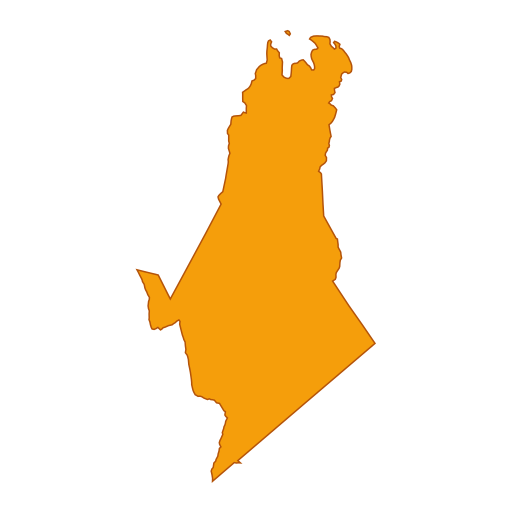 Bragança, Pará, Brazil
{"feature_id": "56859067B69976129931253", "entity_name": "Bragança", "entity_type": "district", "adm_level": 2, "iso_a3": "BRA", "parent_name": "Brazil", "parent_adm1": "Pará", "projection": "robinson", "projection_center": [-46.769, -1.181], "detail": "fine", "context": "isolated", "style": "filled", "palette": "amber", "viewbox_px": 512, "rotation_deg": 0, "n_neighbors": 0, "source": "geoboundaries", "source_scale": "gbopen_adm2", "svg_char_len": 4594}
<svg xmlns="http://www.w3.org/2000/svg" viewBox="0 0 512 512"><path d="M331.1,136.5L329.8,129.8L329.0,124.7L331.0,123.1L332.4,121.4L333.6,119.3L334.6,117.4L335.4,114.8L336.0,112.6L336.7,109.8L335.3,107.9L333.3,105.8L331.3,105.1L330.0,103.8L328.7,103.0L329.7,101.6L331.5,100.7L332.5,98.4L331.5,96.8L331.4,94.9L333.5,94.5L335.0,92.6L334.5,90.4L334.4,88.4L336.5,87.5L337.9,87.1L339.0,86.1L339.8,84.3L339.5,81.7L341.2,81.1L341.7,79.5L340.7,77.6L341.7,74.0L343.1,72.8L344.5,72.0L346.7,72.3L348.0,73.5L349.8,72.9L351.3,71.5L351.8,69.4L351.8,67.0L351.6,65.2L350.7,62.4L349.4,59.8L348.7,57.9L347.8,56.3L346.2,53.9L345.0,52.5L343.9,51.0L342.5,49.4L341.3,48.6L339.7,48.2L339.2,46.4L339.9,44.3L338.5,43.1L336.5,42.0L334.6,41.3L333.6,42.6L335.0,44.3L335.9,46.1L336.0,48.0L334.5,49.1L332.8,47.5L331.3,46.2L329.9,43.8L330.1,41.5L329.9,39.4L328.8,37.4L326.7,36.7L324.7,36.6L322.2,36.1L319.3,36.0L317.0,35.9L315.2,36.0L313.7,36.1L312.3,36.6L310.6,37.4L309.6,39.0L311.5,40.2L313.2,41.6L315.1,43.3L316.3,45.1L317.1,46.5L318.0,47.9L316.7,49.2L314.3,49.4L312.6,50.2L311.6,52.2L311.0,54.5L311.2,56.6L311.7,58.8L312.6,60.7L313.6,62.7L314.2,64.5L314.6,66.7L314.6,68.6L313.7,70.0L311.6,69.9L310.5,67.5L309.2,65.9L307.4,64.7L306.3,63.2L304.8,61.4L303.2,59.8L301.5,60.1L299.4,61.0L297.6,62.9L296.1,63.3L294.4,63.4L293.0,64.0L291.9,65.2L291.6,67.2L291.5,68.9L291.4,70.7L291.2,73.3L290.8,76.5L288.9,78.4L287.2,78.4L285.7,78.0L283.8,77.0L282.0,74.9L282.3,70.5L282.2,68.1L282.3,65.8L282.5,62.0L281.6,58.5L279.7,57.9L279.2,55.6L279.3,52.8L277.5,50.6L276.6,49.0L274.6,49.1L272.3,47.7L270.7,46.0L270.7,44.0L271.6,41.8L270.2,40.0L268.5,40.9L267.8,42.5L267.5,44.7L267.3,47.6L266.9,51.1L266.8,53.7L267.0,57.3L267.2,60.0L266.3,63.3L264.8,63.5L262.9,64.2L261.0,65.2L259.3,66.5L257.9,68.2L256.6,69.7L256.0,71.6L255.3,73.5L255.7,75.6L255.7,78.5L254.0,80.2L252.0,80.9L251.2,84.0L250.1,86.2L248.9,87.8L247.8,88.8L246.1,89.8L244.5,91.0L242.6,92.3L242.7,94.2L242.7,96.0L242.7,98.5L242.8,101.5L244.8,102.9L246.5,105.6L246.3,108.1L246.3,113.0L244.8,112.7L243.4,112.1L240.9,115.4L238.7,115.7L236.0,115.9L233.9,116.1L232.1,116.9L231.6,118.4L231.1,120.8L230.8,124.3L229.5,126.4L228.3,128.4L227.4,130.4L227.5,133.5L228.7,135.1L228.7,141.0L229.3,143.4L228.5,145.9L228.4,148.3L229.3,151.2L229.9,153.3L228.9,155.8L228.5,157.5L228.1,159.6L228.3,161.8L228.1,163.8L226.2,174.7L225.6,178.6L222.8,191.7L220.6,193.6L218.8,195.5L218.0,196.9L218.6,199.2L220.1,202.1L221.1,204.1L206.8,231.3L205.8,233.2L186.2,269.6L170.3,299.0L167.7,293.9L158.2,275.0L145.8,272.0L137.0,269.8L138.3,272.2L139.7,275.1L141.2,277.9L142.1,279.8L142.5,281.6L144.2,284.4L144.9,287.9L145.6,289.8L146.8,292.0L147.8,294.7L149.4,297.3L149.3,299.4L148.6,301.4L148.1,305.9L148.5,308.7L149.3,310.8L149.1,314.0L149.2,317.9L149.0,319.6L149.9,322.0L150.5,325.0L151.3,327.5L152.1,329.0L154.1,329.4L156.0,328.6L157.9,327.4L160.5,329.9L161.8,329.1L163.3,327.6L164.7,327.3L168.6,325.6L172.1,324.8L173.6,323.6L175.3,322.6L176.7,321.2L178.9,319.9L180.0,321.4L179.7,324.2L180.2,326.3L180.9,329.2L181.8,332.8L182.4,335.1L183.2,337.3L183.9,339.6L185.1,342.0L185.4,345.8L185.9,349.4L185.4,352.7L187.1,355.0L187.7,356.6L188.4,359.6L188.8,364.3L189.7,368.6L190.4,372.3L191.4,379.4L191.7,382.8L191.7,384.6L192.4,387.7L193.1,390.5L193.9,392.3L195.2,394.7L196.5,395.4L198.0,396.3L200.2,396.2L201.8,396.7L204.0,398.1L207.5,399.5L209.3,398.8L210.8,399.6L212.4,399.7L214.4,400.2L216.5,402.8L219.5,403.4L223.9,410.7L225.4,411.7L224.9,415.0L225.8,416.4L227.4,417.9L225.7,421.3L225.4,423.2L225.0,424.7L224.0,426.8L223.7,428.5L222.3,432.6L222.8,434.4L221.8,436.6L221.0,438.5L220.0,440.4L219.3,442.6L219.6,444.3L220.9,446.9L219.4,448.4L219.0,451.2L218.2,453.7L217.8,456.2L216.9,457.9L216.1,459.4L215.7,461.1L213.9,463.0L213.2,467.5L211.9,469.0L211.2,471.1L211.6,472.8L212.1,475.2L212.6,478.5L212.5,481.3L220.5,474.4L234.2,462.6L236.4,463.0L238.4,462.8L240.4,462.9L237.8,460.6L304.3,403.7L345.7,368.4L375.0,343.4L362.9,325.7L348.7,305.5L332.6,281.1L335.3,279.3L336.0,277.3L335.9,274.4L336.3,272.6L337.5,270.7L339.1,268.3L339.7,266.5L339.9,262.7L340.3,260.2L341.6,258.0L341.0,254.9L340.7,252.1L338.9,248.7L338.1,247.1L338.1,244.5L337.7,241.6L337.4,239.0L336.1,238.4L323.7,216.0L323.0,204.3L322.7,197.9L322.4,191.5L321.4,174.0L320.5,172.7L318.6,171.3L319.7,168.9L320.0,167.1L321.4,165.5L323.4,164.1L324.9,162.9L326.4,160.8L326.5,157.6L325.2,155.3L325.6,152.9L327.4,150.2L327.6,148.1L328.9,147.3L329.4,145.4L328.8,143.5L329.3,141.7L329.5,139.8L330.1,137.9L331.1,136.5ZM290.3,33.9L289.2,31.5L287.7,30.7L285.2,31.5L286.4,33.4L288.1,34.4L289.3,35.4L290.3,33.9Z" fill="#f59e0b" stroke="#b45309" stroke-width="1.5"/></svg>